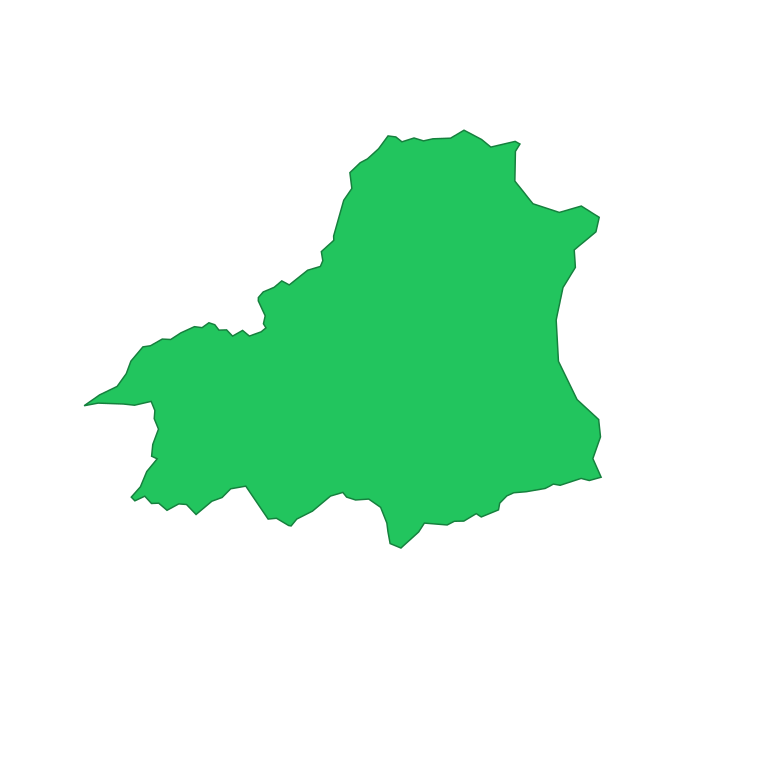 Luquillo, Puerto Rico, rotated 55°
{"feature_id": "32010507B254490582873", "entity_name": "Luquillo", "entity_type": "district", "adm_level": 2, "iso_a3": "PRI", "parent_name": "Puerto Rico", "parent_adm1": "", "projection": "equal_earth", "projection_center": [-65.727, 18.339], "detail": "fine", "context": "isolated", "style": "filled", "palette": "green", "viewbox_px": 768, "rotation_deg": 55, "n_neighbors": 0, "source": "geoboundaries", "source_scale": "gbopen_adm2", "svg_char_len": 2006}
<svg xmlns="http://www.w3.org/2000/svg" viewBox="0 0 768 768"><g transform="rotate(55 384 384)"><path d="M584.9,259.6L564.9,255.7L551.5,237.0L537.4,229.2L536.3,228.5L534.1,229.0L507.5,234.8L496.3,233.0L465.5,228.1L430.4,206.3L426.0,201.7L418.3,193.4L415.5,190.5L415.3,190.2L407.6,182.0L406.8,180.0L402.0,169.0L401.8,168.6L398.3,160.4L393.6,157.5L383.3,151.3L382.7,144.8L381.8,133.3L380.9,123.1L370.9,112.1L365.1,114.6L361.0,116.3L351.4,120.3L344.0,142.0L331.8,151.1L321.8,158.6L318.8,158.8L312.9,159.2L306.9,159.5L299.3,160.0L296.5,160.2L292.8,160.4L268.8,142.9L266.7,138.0L265.4,135.0L260.5,137.4L251.2,160.6L239.7,163.8L222.0,172.9L220.8,188.5L211.2,203.3L207.5,212.2L199.7,218.3L195.9,230.4L188.4,232.6L183.1,238.4L188.2,253.5L190.1,268.5L189.1,276.5L191.3,290.7L205.4,298.2L210.4,311.6L233.9,340.4L237.5,342.7L239.6,359.4L247.9,363.4L251.2,368.7L247.0,381.3L248.5,404.8L240.9,408.6L241.8,418.5L239.3,430.1L241.1,437.3L243.8,439.3L260.0,442.2L265.5,448.2L270.3,448.5L270.8,454.7L267.5,466.8L259.0,469.1L257.9,480.6L249.4,481.9L245.2,488.3L238.4,488.6L233.4,492.3L233.5,500.7L228.3,506.4L225.6,521.1L225.2,533.2L220.0,539.9L218.7,553.4L215.3,560.2L220.1,578.2L227.7,589.2L232.9,604.0L229.8,623.2L229.8,642.1L235.7,629.1L250.8,609.1L258.3,600.5L264.7,584.7L274.3,586.9L280.6,592.1L291.6,594.6L300.9,608.1L309.9,615.8L315.2,612.7L319.6,628.5L328.5,642.5L331.7,655.9L336.8,655.1L338.7,644.3L348.5,643.0L352.4,636.9L363.0,634.2L364.5,620.9L369.4,614.9L383.1,612.8L381.3,592.2L384.1,581.7L381.9,569.7L388.4,555.8L428.2,556.4L432.3,549.1L445.2,543.3L447.0,541.5L444.6,532.9L447.1,515.5L445.1,492.1L449.2,479.9L455.2,479.5L462.7,473.8L469.5,462.5L483.1,457.5L499.5,461.4L507.3,465.5L518.2,470.5L528.1,464.2L527.7,461.3L525.1,440.5L521.1,430.7L535.7,413.1L536.8,405.1L542.1,397.2L543.1,382.8L548.7,380.6L552.8,362.4L548.0,357.6L546.1,347.5L547.5,340.1L553.8,329.3L562.0,311.9L562.7,306.9L563.1,302.7L568.0,297.8L574.4,276.7L580.8,271.2L584.9,259.6Z" fill="#22c55e" stroke="#15803d" stroke-width="1.5"/></g></svg>